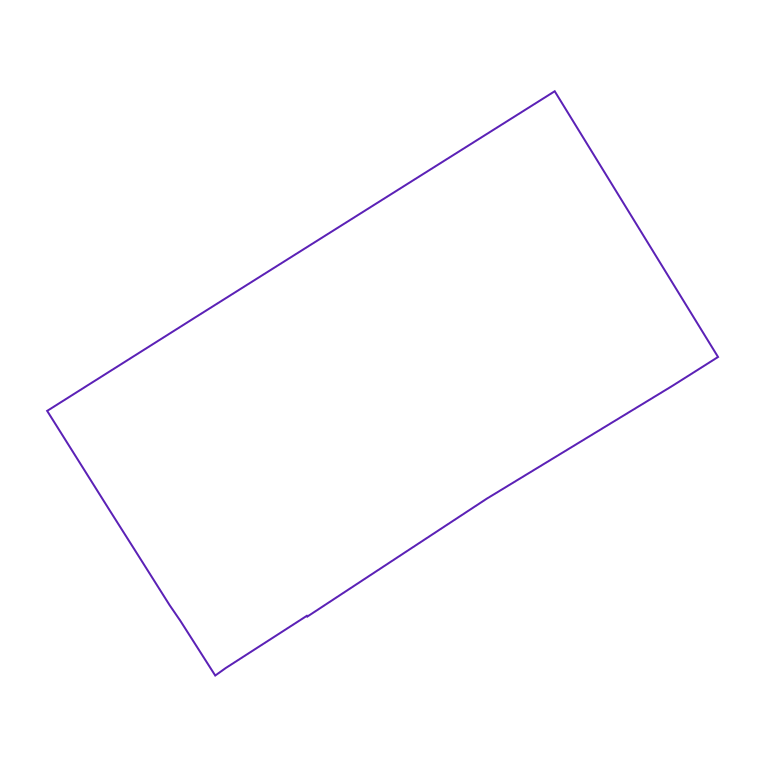 the district of Platte, Wyoming, United States of America, rotated 238°
{"feature_id": "52423323B10745128223313", "entity_name": "Platte", "entity_type": "district", "adm_level": 2, "iso_a3": "USA", "parent_name": "United States of America", "parent_adm1": "Wyoming", "projection": "natural_earth1", "projection_center": [-105.065, 42.131], "detail": "fine", "context": "isolated", "style": "outline", "palette": "violet", "viewbox_px": 768, "rotation_deg": 238, "n_neighbors": 0, "source": "geoboundaries", "source_scale": "gbopen_adm2", "svg_char_len": 338}
<svg xmlns="http://www.w3.org/2000/svg" viewBox="0 0 768 768"><g transform="rotate(238 384 384)"><path d="M422.0,84.4L373.9,84.7L309.9,85.0L291.1,85.8L226.2,86.4L227.0,99.2L228.3,195.7L227.4,195.7L232.3,410.4L229.6,628.0L229.9,681.6L541.8,683.9L540.5,258.2L539.7,84.1L422.0,84.4Z" fill="none" stroke="#5b21b6" stroke-width="2"/></g></svg>